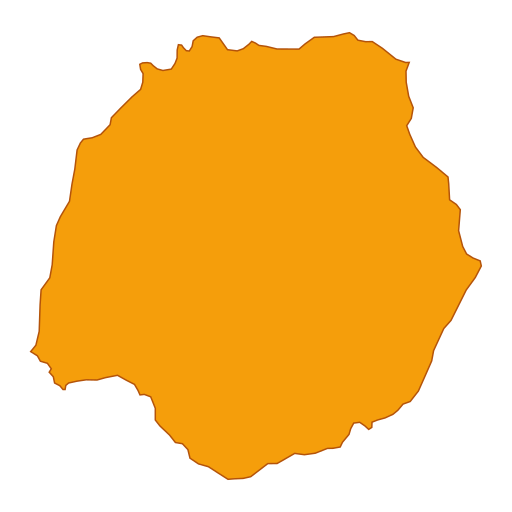 outline of San Antonio, Canelones, Uruguay
{"feature_id": "84410073B59518744288297", "entity_name": "San Antonio", "entity_type": "district", "adm_level": 2, "iso_a3": "URY", "parent_name": "Uruguay", "parent_adm1": "Canelones", "projection": "natural_earth1", "projection_center": [-56.083, -34.423], "detail": "fine", "context": "isolated", "style": "filled", "palette": "amber", "viewbox_px": 512, "rotation_deg": 0, "n_neighbors": 0, "source": "geoboundaries", "source_scale": "gbopen_adm2", "svg_char_len": 2013}
<svg xmlns="http://www.w3.org/2000/svg" viewBox="0 0 512 512"><path d="M30.7,351.6L37.4,355.8L40.4,361.2L47.4,363.3L51.3,368.8L49.2,372.2L53.3,376.7L54.6,383.0L59.8,385.7L63.0,389.5L65.1,389.5L65.8,385.4L68.6,383.0L76.8,381.2L86.2,379.8L97.0,380.0L105.6,377.6L117.5,375.3L126.3,380.2L134.5,384.4L138.0,390.4L140.0,394.9L144.3,394.4L150.7,396.8L152.7,401.7L155.3,408.3L155.3,420.0L159.9,425.9L169.5,435.0L175.4,442.5L182.4,443.7L187.9,449.6L190.0,458.2L198.5,463.9L208.4,466.7L218.6,473.3L228.0,479.3L234.3,478.8L243.2,478.4L250.7,476.7L267.8,463.6L277.1,463.5L294.7,453.4L304.4,454.7L315.3,453.2L327.4,448.4L332.9,448.3L340.2,447.0L342.5,442.2L349.0,434.4L350.7,428.7L353.7,423.1L359.7,422.3L364.9,425.9L368.7,429.4L371.8,427.4L372.0,422.2L377.5,420.0L385.1,417.9L393.1,414.2L398.0,410.1L403.0,404.1L410.2,401.5L418.4,391.0L424.7,376.8L431.7,360.9L433.6,350.6L443.8,328.5L451.0,320.4L466.2,290.0L475.3,277.5L481.3,266.0L480.2,260.9L473.0,258.0L466.6,254.0L462.7,246.5L458.6,230.7L460.3,209.7L456.4,204.5L449.6,199.8L448.7,183.7L448.0,177.0L436.9,167.7L423.2,157.4L415.4,147.0L409.7,134.2L406.7,125.7L411.3,118.4L413.2,107.8L408.7,96.3L406.2,82.2L406.0,71.1L409.2,62.4L405.6,62.5L395.9,59.2L382.4,48.3L372.3,41.6L365.7,41.7L357.9,40.2L354.2,35.5L349.5,32.7L343.3,34.0L333.6,36.6L314.3,37.3L305.1,43.9L299.0,49.1L277.0,49.0L266.3,46.4L258.9,45.4L255.5,43.1L251.7,41.4L249.0,44.2L243.3,48.7L237.2,50.9L227.5,49.7L219.2,37.9L211.1,36.9L202.7,35.7L197.2,37.2L193.2,40.8L192.1,46.6L189.3,51.0L186.3,50.7L183.4,47.7L181.6,45.1L178.4,44.7L177.2,50.0L177.1,58.1L175.0,63.5L171.3,69.1L162.9,70.5L157.2,68.9L153.2,65.7L150.7,63.2L147.2,62.6L142.6,62.9L139.8,64.3L140.6,69.4L143.1,73.6L142.8,82.2L140.6,89.4L132.2,96.7L120.9,107.9L111.4,117.7L110.1,124.7L100.8,134.4L92.1,137.8L86.9,138.6L83.5,139.2L80.4,143.0L77.1,150.0L74.8,169.2L72.0,184.1L69.5,201.3L60.4,216.6L56.4,225.6L53.8,241.9L52.2,264.8L49.8,277.8L41.1,289.8L40.1,304.8L39.2,331.4L35.9,345.2L30.7,351.6Z" fill="#f59e0b" stroke="#b45309" stroke-width="1.5"/></svg>